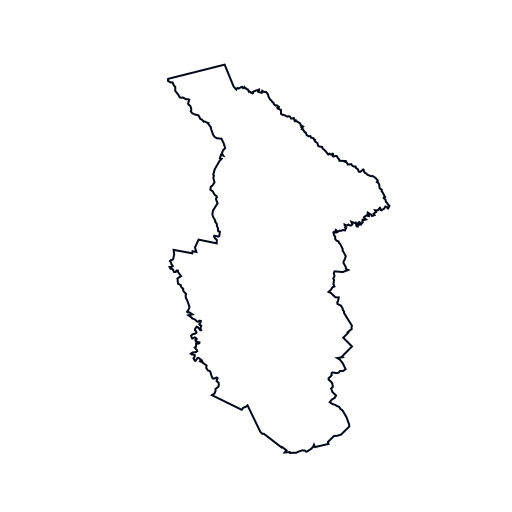 Mount Barker, South Australia, Australia (Equal Earth projection), rotated 309°
{"feature_id": "25037944B83528217861906", "entity_name": "Mount Barker", "entity_type": "district", "adm_level": 2, "iso_a3": "AUS", "parent_name": "Australia", "parent_adm1": "South Australia", "projection": "equal_earth", "projection_center": [138.877, -35.069], "detail": "fine", "context": "isolated", "style": "outline", "palette": "ink", "viewbox_px": 512, "rotation_deg": 309, "n_neighbors": 0, "source": "geoboundaries", "source_scale": "gbopen_adm2", "svg_char_len": 6155}
<svg xmlns="http://www.w3.org/2000/svg" viewBox="0 0 512 512"><g transform="rotate(309 256 256)"><path d="M120.1,309.3L127.5,341.7L130.1,341.6L132.4,343.0L134.6,343.4L122.1,370.0L121.8,372.8L122.8,374.1L123.3,396.3L123.9,396.3L124.2,402.0L121.4,402.0L124.8,405.5L124.3,406.2L128.5,411.2L129.8,411.6L133.7,414.0L135.6,416.4L135.5,417.9L135.9,418.6L140.8,420.2L143.4,420.5L145.8,419.8L144.6,422.1L155.6,430.6L156.7,428.9L165.3,429.9L167.1,432.0L170.7,434.5L182.2,435.8L183.7,434.4L187.6,427.9L190.4,420.6L190.3,417.8L191.1,415.5L190.4,413.6L190.2,411.4L189.1,408.6L188.8,405.3L192.3,405.3L195.1,406.5L198.0,406.0L198.4,400.9L200.3,397.8L202.6,398.1L204.8,395.7L205.4,394.4L205.7,390.2L206.6,389.4L210.9,389.9L212.2,388.6L213.1,388.5L213.8,388.9L215.8,392.5L217.5,393.7L219.6,393.7L221.4,396.0L224.4,396.9L227.1,391.3L228.3,386.4L227.8,383.3L232.0,387.1L232.1,386.1L246.1,387.5L247.4,375.2L254.4,376.0L254.5,375.2L259.6,376.3L260.4,375.3L262.2,374.4L267.1,360.3L268.1,359.6L269.0,357.0L269.7,356.5L270.9,353.3L270.0,349.6L271.2,348.2L272.5,348.2L275.9,346.4L273.9,343.8L274.4,337.5L273.7,335.0L277.1,335.5L279.7,335.1L281.7,336.1L282.8,333.9L286.4,331.8L287.2,330.2L289.8,329.7L291.5,327.4L293.5,326.7L298.1,333.5L303.1,336.4L302.6,334.3L304.1,332.3L305.6,328.5L306.9,327.5L309.5,327.1L312.4,325.8L314.9,319.7L315.9,319.1L318.3,314.0L318.5,312.0L319.3,311.0L318.6,309.1L319.0,306.9L320.9,305.3L321.1,304.0L323.0,301.3L323.6,301.3L324.5,303.4L325.2,303.7L325.9,301.7L326.5,301.6L326.2,304.3L328.6,305.2L329.1,306.3L330.9,307.2L331.8,309.0L334.5,308.4L334.2,307.3L335.7,306.9L335.8,305.4L336.2,305.0L336.8,307.4L338.6,308.0L338.9,309.9L339.7,310.8L341.3,310.9L342.6,308.5L343.6,311.7L344.8,312.5L342.6,315.1L342.5,316.1L342.9,316.6L344.3,315.7L345.7,317.0L345.7,314.6L346.4,314.5L347.4,314.9L347.3,317.7L349.4,317.8L350.0,316.7L351.2,316.0L351.8,317.2L353.6,318.5L353.5,316.4L354.0,315.5L356.8,316.2L358.1,318.7L359.0,317.8L358.9,316.2L360.1,315.5L360.6,320.1L360.1,321.0L360.5,321.3L362.4,322.4L362.9,320.8L365.8,321.7L366.4,319.7L368.1,321.9L371.5,321.9L371.4,322.6L370.1,324.0L370.4,324.7L373.5,325.8L375.9,325.4L376.5,326.8L375.9,328.4L376.1,328.8L379.0,328.1L379.0,325.8L379.7,325.0L380.0,322.6L381.3,321.2L381.4,318.8L382.0,318.5L383.1,319.2L385.2,314.1L385.3,313.0L386.6,312.2L386.4,309.5L389.2,306.6L389.8,305.0L389.5,303.5L391.1,303.4L391.9,300.0L391.6,296.4L390.3,295.0L389.3,291.4L389.5,289.8L389.2,288.5L389.6,286.8L390.7,285.4L390.7,284.8L387.1,284.1L386.4,283.3L386.3,282.6L387.5,280.7L387.4,278.1L388.2,277.1L387.5,276.5L386.8,274.6L386.9,273.1L387.3,272.2L384.9,269.9L385.8,267.2L385.2,265.7L386.0,265.6L382.5,260.9L383.4,259.9L383.5,258.5L384.5,255.9L383.8,254.7L382.2,253.8L381.8,252.9L383.9,251.6L383.9,251.3L381.9,250.4L381.8,248.7L380.3,248.3L381.3,243.9L381.5,240.0L382.4,238.9L380.7,235.7L380.7,235.0L382.4,232.6L382.2,229.9L382.4,229.3L383.5,228.8L383.0,227.6L383.7,226.5L382.6,224.3L383.4,222.9L382.1,221.4L381.9,219.3L383.3,216.9L382.8,216.0L383.8,213.4L383.4,211.8L384.7,211.7L384.7,210.4L386.2,210.9L385.6,208.5L386.4,207.9L386.8,206.6L386.3,202.7L385.4,201.6L386.4,201.3L385.8,200.1L387.0,198.7L384.9,196.9L385.7,194.7L385.2,193.4L384.0,192.6L383.7,190.7L382.1,186.7L382.3,185.9L385.3,183.3L384.3,180.8L384.5,179.5L385.1,179.8L385.1,180.6L386.3,180.0L386.1,177.2L385.4,176.8L385.1,175.4L385.5,173.8L386.2,173.1L385.9,171.7L386.5,170.3L386.5,168.4L387.7,165.5L389.3,163.2L389.8,160.7L388.5,158.9L388.3,156.9L386.4,157.8L385.0,154.6L385.1,154.2L387.0,154.0L387.3,153.6L385.8,153.1L385.7,152.6L383.0,150.9L381.3,150.3L380.8,151.2L380.3,151.1L379.8,149.4L380.0,148.1L379.7,147.4L379.2,147.3L380.3,144.7L379.7,143.6L380.0,142.4L379.5,141.9L380.0,140.5L378.3,140.3L378.6,138.5L375.2,137.1L374.9,135.8L372.9,135.9L373.6,132.0L385.0,111.2L338.4,76.2L336.7,77.4L337.1,80.4L338.4,81.8L336.7,85.3L336.6,86.8L333.5,89.3L332.4,94.2L331.3,96.9L332.1,98.6L333.1,99.3L333.8,103.1L335.2,104.6L335.4,105.8L331.9,107.2L331.2,108.1L331.3,110.2L330.4,112.1L328.6,114.0L327.4,114.2L327.2,114.8L326.8,116.5L327.4,119.1L329.1,122.8L327.5,126.4L327.9,128.0L327.6,130.7L327.9,130.7L329.2,135.0L328.9,134.9L327.6,140.0L326.5,141.0L323.1,146.6L322.5,149.0L322.9,151.5L325.4,155.3L323.3,159.9L320.5,164.1L317.3,163.9L314.3,164.9L313.4,167.4L312.6,165.1L309.2,166.4L309.8,168.1L307.1,167.8L297.6,169.3L292.3,171.6L292.0,172.7L289.8,173.7L287.1,177.4L284.0,177.8L281.1,177.4L278.8,178.8L279.0,181.7L277.5,185.3L277.7,187.6L277.0,188.7L276.0,188.6L274.8,189.3L272.9,192.9L264.3,194.0L261.4,195.5L259.6,197.6L257.9,202.0L256.9,202.8L256.3,205.3L254.6,206.9L253.6,209.2L252.6,209.7L251.5,211.1L252.2,212.6L248.3,215.0L247.4,214.5L245.5,210.8L244.7,211.2L244.0,212.8L243.8,215.4L241.1,217.5L232.6,201.1L224.2,203.2L221.6,207.1L219.8,203.7L218.0,204.8L208.9,188.1L205.8,191.4L201.6,193.5L200.8,193.6L198.8,192.3L197.9,192.3L197.6,194.0L196.6,195.1L195.8,197.7L194.6,197.4L193.1,195.8L192.3,197.5L193.3,199.7L192.0,202.3L193.0,203.6L194.8,203.4L195.5,204.5L194.5,205.3L193.2,210.4L189.1,209.1L185.4,212.8L186.0,216.0L185.4,216.3L184.7,218.0L184.8,220.0L183.8,220.5L182.9,222.2L182.5,225.6L180.8,226.3L179.3,227.8L178.1,230.7L174.5,236.4L172.5,237.2L169.3,237.6L169.2,238.5L170.3,239.6L170.6,243.3L167.4,240.8L167.7,244.7L167.3,245.6L168.2,248.3L168.0,251.7L168.6,252.4L170.2,252.8L170.8,254.0L169.5,254.7L167.3,254.8L167.1,255.4L167.4,257.3L165.1,258.2L163.8,260.0L163.3,259.5L164.1,255.6L163.7,254.4L161.3,254.5L159.9,255.2L159.7,257.1L158.9,258.0L157.4,257.6L155.3,256.0L153.2,255.7L151.7,258.1L152.1,258.8L154.3,259.7L154.3,262.1L153.7,262.4L152.5,261.8L151.9,262.7L151.9,263.8L153.3,266.4L152.6,266.8L151.6,266.4L150.2,264.6L147.8,266.5L146.3,266.0L145.7,269.1L145.1,270.2L143.4,269.7L141.1,267.4L139.0,266.8L139.0,267.7L140.5,270.6L139.2,271.7L137.2,271.8L136.1,274.4L136.5,275.0L139.8,274.7L140.6,275.2L140.8,278.5L138.9,278.8L139.2,279.9L140.4,280.3L139.5,281.8L139.8,286.0L139.7,286.6L137.7,287.7L136.8,290.8L137.5,292.4L137.3,293.3L134.7,297.1L133.6,299.4L134.2,300.5L136.8,301.8L136.9,303.1L134.3,303.8L133.9,304.3L134.1,306.5L132.1,308.5L130.6,309.0L127.2,308.2L125.6,309.5L123.0,310.3L120.1,309.3Z" fill="none" stroke="#020617" stroke-width="2"/></g></svg>